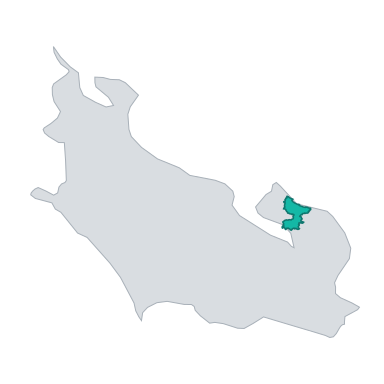 Nandayure, Guanacaste, Costa Rica (highlighted), rotated 177°
{"feature_id": "36466004B45904534583509", "entity_name": "Nandayure", "entity_type": "district", "adm_level": 2, "iso_a3": "CRI", "parent_name": "Costa Rica", "parent_adm1": "Guanacaste", "projection": "mercator", "projection_center": [-85.275, 9.901], "detail": "fine", "context": "in_parent", "style": "filled", "palette": "teal", "viewbox_px": 384, "rotation_deg": 177, "n_neighbors": 0, "source": "geoboundaries", "source_scale": "gbopen_adm2", "svg_char_len": 6506}
<svg xmlns="http://www.w3.org/2000/svg" viewBox="0 0 384 384"><g transform="rotate(177 192 192)"><path d="M353.2,197.6L352.7,199.4L351.0,201.3L348.6,203.2L345.4,204.5L337.8,200.6L330.3,196.1L326.2,198.1L324.6,203.9L321.8,206.9L318.4,208.1L316.9,210.0L316.6,229.6L316.9,248.0L322.6,248.4L332.0,254.8L336.1,258.6L337.4,262.1L336.2,263.8L329.3,267.8L322.5,272.9L319.1,279.2L325.0,289.5L326.3,296.4L326.1,303.7L324.5,307.2L311.4,315.6L308.5,318.5L308.9,320.6L316.1,326.4L319.5,331.9L322.4,338.7L322.8,344.5L316.2,333.7L307.1,323.4L299.2,317.0L298.6,302.1L295.5,294.1L283.6,286.6L273.4,281.4L265.8,282.5L270.5,291.0L282.4,302.0L283.2,306.2L283.0,311.8L274.8,311.0L267.6,308.7L258.7,307.9L252.8,304.6L240.4,291.5L249.2,280.3L252.0,273.0L251.7,257.8L249.7,250.5L240.1,239.2L224.8,226.9L203.4,216.8L193.3,208.7L168.2,202.5L158.7,198.4L151.2,190.7L150.1,185.2L152.7,176.8L145.8,166.0L115.9,144.8L99.2,137.0L95.6,132.5L93.0,131.0L95.5,145.6L102.8,154.5L121.9,162.7L127.2,167.5L129.3,173.7L118.2,185.6L112.6,188.6L110.9,195.1L107.3,197.1L103.5,193.3L88.0,174.7L58.1,165.7L52.7,160.2L41.6,143.2L36.4,127.6L38.3,117.2L50.6,101.0L54.4,93.9L53.6,89.5L54.0,83.1L49.4,78.7L38.0,72.8L30.8,68.2L32.8,65.8L45.8,59.6L46.6,53.9L46.6,52.0L48.7,51.6L50.6,50.1L51.8,48.5L55.3,43.1L58.4,40.0L62.0,39.5L66.4,41.8L82.8,47.7L101.1,54.2L127.1,63.5L137.9,57.5L147.1,53.0L153.6,53.6L167.6,58.9L176.0,60.6L181.2,60.1L190.1,67.9L195.0,73.7L195.8,77.6L198.5,79.7L205.5,80.1L222.5,84.1L232.9,83.3L242.4,79.1L247.6,74.1L249.2,66.2L251.6,70.1L254.4,76.3L255.7,84.2L267.9,110.5L277.7,125.3L299.1,152.1L308.4,157.0L324.0,178.6L329.4,182.1L332.5,188.5L348.7,193.7L353.2,197.6Z" fill="#d9dde1" stroke="#a8b0b8" stroke-width="1"/><path d="M102.7,154.4L102.6,154.1L102.2,153.9L102.1,153.7L102.2,153.1L102.1,152.6L102.7,152.7L102.8,153.1L103.3,153.2L103.5,153.1L103.9,152.2L103.8,151.9L103.7,151.3L103.6,151.2L103.4,151.3L103.0,151.5L102.7,151.6L102.2,151.6L101.9,151.6L101.8,151.4L101.4,151.2L101.1,150.9L100.9,150.5L100.9,150.2L100.7,149.8L100.4,149.6L100.2,149.6L99.9,150.0L100.0,150.2L100.1,150.6L99.6,150.7L99.5,150.8L98.8,150.8L98.6,150.9L98.1,150.8L97.6,150.8L97.5,150.3L97.2,150.3L96.9,150.2L96.7,150.2L96.0,149.6L96.0,149.4L95.7,149.1L95.7,148.9L95.3,148.9L95.0,149.0L94.8,149.0L94.6,148.8L94.4,149.1L94.2,149.2L94.0,149.3L93.9,149.6L93.9,149.9L93.8,150.0L93.4,150.1L93.1,150.3L92.8,150.4L92.4,150.5L92.2,150.5L92.1,150.2L91.8,150.3L91.7,150.1L91.5,149.8L91.3,149.8L90.8,149.9L90.8,150.3L90.6,150.3L89.9,150.0L89.7,150.1L89.4,149.9L89.5,149.6L89.3,149.5L89.1,149.4L89.0,149.5L88.8,149.5L88.6,149.4L88.5,149.2L88.3,149.1L88.0,149.1L87.9,149.1L87.6,149.2L87.1,149.3L86.9,149.6L87.1,149.6L87.2,149.9L87.4,150.2L87.4,150.6L87.3,150.9L87.3,151.1L87.8,151.5L87.8,151.8L87.4,152.1L87.1,152.9L87.0,153.1L86.8,153.2L86.8,153.3L86.7,153.3L86.7,153.5L87.0,153.5L87.2,153.8L86.8,154.0L87.0,154.3L87.1,154.5L86.9,154.9L86.9,155.2L86.8,155.4L86.8,155.5L86.6,155.7L86.4,155.6L86.1,155.3L85.8,155.4L85.6,155.5L85.4,155.6L85.1,155.4L84.5,155.4L84.3,155.3L83.9,155.1L83.1,155.1L82.8,155.3L82.7,155.5L82.3,155.7L82.3,155.8L82.1,156.0L82.5,156.2L82.9,156.5L83.1,156.6L83.3,156.4L83.5,156.4L84.0,156.3L84.5,156.6L84.5,157.2L84.8,157.5L84.8,158.0L84.5,158.3L84.3,158.4L84.2,158.6L83.9,158.8L83.9,159.2L83.7,159.2L83.7,159.3L83.5,159.5L83.9,160.0L84.0,160.3L84.1,160.5L84.2,160.9L84.1,161.1L84.5,161.6L84.8,161.7L85.1,161.7L85.4,161.8L85.6,161.9L85.7,162.1L85.4,162.4L85.3,162.6L85.1,162.7L84.9,162.9L84.7,163.0L84.6,163.3L84.3,163.3L84.0,163.6L83.7,163.8L83.3,163.7L83.3,164.0L83.0,164.0L82.7,164.4L82.5,164.5L82.4,164.6L82.5,164.7L82.4,164.8L82.1,164.8L81.6,164.7L80.9,164.7L80.6,165.1L80.4,165.0L80.2,164.8L80.1,164.7L79.8,164.8L79.3,165.0L79.1,165.0L78.9,164.9L78.6,164.9L77.5,164.9L77.3,165.1L76.9,165.4L76.9,166.2L76.3,166.2L76.1,166.3L76.1,166.7L76.0,167.3L75.9,167.3L75.6,167.2L75.3,167.3L75.2,167.7L74.9,167.9L74.9,168.0L75.0,168.1L75.0,168.3L74.8,168.3L74.4,168.3L74.3,168.7L74.5,168.9L74.5,169.2L74.4,169.2L74.5,169.7L75.7,169.8L75.8,169.9L76.1,169.9L76.9,170.1L77.0,170.2L77.0,170.4L77.1,170.5L77.5,170.7L78.4,170.8L78.5,170.8L78.8,170.9L78.8,171.0L79.3,171.1L79.5,171.0L79.5,170.8L79.5,170.7L79.8,170.7L80.1,170.7L80.7,171.0L81.0,171.0L81.4,171.1L81.5,171.1L82.1,171.3L82.4,171.7L82.6,171.8L83.1,171.9L83.3,172.0L83.6,172.0L83.9,172.2L85.2,172.7L86.0,173.4L86.2,173.6L86.2,173.8L85.9,174.0L86.7,174.2L86.9,174.1L87.1,174.1L87.6,174.2L88.2,174.6L89.4,175.4L89.7,175.4L91.3,176.6L91.9,177.2L92.1,177.4L92.2,177.6L92.6,178.1L92.7,178.4L92.5,178.5L92.4,178.8L92.1,179.0L91.9,179.5L91.7,179.6L92.0,179.8L92.6,179.9L93.6,180.5L94.3,180.8L94.8,181.2L95.3,181.5L95.9,182.2L96.2,182.2L96.7,182.5L96.9,182.7L97.3,182.8L97.4,182.7L97.5,182.5L97.4,182.5L97.4,181.5L97.7,181.5L97.9,181.4L98.0,181.3L98.0,181.0L98.3,181.0L98.7,180.8L98.8,180.2L99.0,180.0L99.3,179.8L99.2,179.7L99.1,179.4L99.3,179.1L99.3,178.6L99.5,178.1L99.9,178.1L100.1,178.0L100.3,177.7L100.7,177.6L100.9,177.5L100.9,177.4L100.7,177.3L100.8,177.1L100.7,176.9L100.4,177.1L100.3,177.3L100.2,177.4L99.7,177.0L99.7,176.9L99.8,176.8L99.8,176.7L99.7,176.6L99.9,176.3L99.6,176.0L99.6,175.7L99.8,175.5L99.9,175.3L99.9,174.9L100.0,174.7L100.3,174.2L100.4,173.8L100.2,173.5L100.2,173.2L100.3,172.8L100.3,172.6L100.0,172.3L100.0,172.2L100.5,172.1L100.6,171.8L100.5,171.7L100.5,171.4L100.8,171.2L101.3,170.9L101.4,170.5L100.9,170.5L100.9,170.3L100.6,170.3L100.2,170.1L99.3,169.7L99.3,169.2L99.1,169.1L99.0,168.8L99.0,168.6L98.8,168.4L98.7,167.9L98.5,167.5L98.2,167.3L98.1,167.2L97.7,167.0L97.7,166.7L97.5,166.3L97.3,166.1L97.4,165.9L97.1,165.8L96.8,165.9L96.3,165.8L96.1,165.5L96.0,165.3L95.9,165.3L95.6,165.3L95.5,165.2L95.3,165.0L95.1,164.9L94.6,165.0L94.3,165.0L94.0,164.8L93.9,164.7L93.7,164.6L93.4,164.7L93.2,164.5L92.9,164.6L92.9,164.3L92.6,164.4L92.4,164.3L92.2,164.1L91.9,164.3L91.6,164.3L91.5,164.2L91.4,164.0L91.6,163.7L91.5,163.4L91.6,163.2L92.0,162.8L92.3,162.5L92.4,162.4L92.1,161.6L92.2,161.4L92.3,161.2L92.1,160.9L92.2,160.4L92.5,159.9L92.9,159.8L93.4,159.6L93.9,159.5L94.1,159.3L94.2,159.1L94.5,158.9L94.9,159.0L95.1,159.0L95.5,159.2L95.8,159.2L96.3,159.3L96.6,159.3L96.9,159.2L97.0,159.0L97.4,158.9L97.6,158.9L97.8,158.9L98.4,159.0L98.9,159.2L99.0,159.1L99.5,159.1L99.8,159.0L100.1,159.0L100.3,159.0L100.5,159.0L100.6,158.9L100.9,158.7L101.0,158.5L101.2,158.4L101.3,158.4L101.7,158.1L101.9,158.1L102.0,158.0L102.5,157.6L102.8,157.4L102.7,157.2L102.8,156.6L102.6,156.4L102.1,155.8L102.1,155.4L102.1,155.1L102.4,155.0L102.7,154.4Z" fill="#14b8a6" stroke="#0f766e" stroke-width="1.5"/></g></svg>